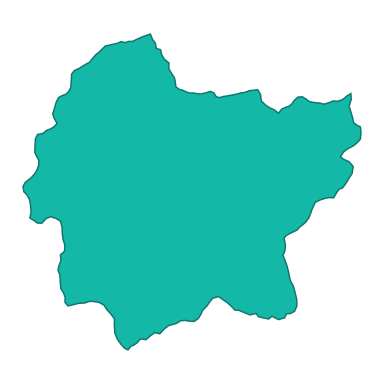 Itamonte, Minas Gerais, Brazil (Equal Earth projection)
{"feature_id": "56859067B95812833823274", "entity_name": "Itamonte", "entity_type": "district", "adm_level": 2, "iso_a3": "BRA", "parent_name": "Brazil", "parent_adm1": "Minas Gerais", "projection": "equal_earth", "projection_center": [-44.75, -22.29], "detail": "fine", "context": "isolated", "style": "filled", "palette": "teal", "viewbox_px": 384, "rotation_deg": 0, "n_neighbors": 0, "source": "geoboundaries", "source_scale": "gbopen_adm2", "svg_char_len": 2919}
<svg xmlns="http://www.w3.org/2000/svg" viewBox="0 0 384 384"><path d="M168.9,62.9L164.5,59.4L161.8,55.1L160.5,49.7L156.3,48.5L155.4,43.3L152.4,39.2L150.4,34.1L146.6,35.3L142.3,36.9L136.5,39.5L132.5,41.4L128.8,41.4L125.2,42.6L121.2,41.6L117.5,43.3L112.9,44.3L105.4,46.0L101.5,49.7L98.9,52.3L95.9,54.6L92.6,58.4L89.4,62.5L86.2,64.0L83.2,65.8L79.6,68.2L74.5,70.5L71.6,74.1L71.4,79.1L70.8,87.4L68.7,91.6L65.7,94.4L62.2,95.6L58.6,97.6L56.4,101.6L54.5,108.2L52.7,114.1L54.3,118.6L57.1,123.4L53.9,126.9L50.3,129.0L46.6,130.4L42.9,133.4L37.6,134.5L35.5,138.8L35.0,145.8L34.8,152.3L36.8,156.7L38.9,160.3L38.6,165.7L37.0,170.0L34.7,173.8L31.3,177.6L28.5,179.9L25.3,182.3L23.0,186.6L23.9,191.8L26.8,194.6L29.4,199.3L30.5,205.0L31.1,211.9L29.9,218.0L33.6,220.3L37.3,223.0L41.8,223.2L46.2,218.5L50.6,216.7L55.9,218.3L60.5,221.2L62.1,227.4L62.3,233.5L62.9,238.6L64.9,245.4L64.5,251.3L60.4,254.9L61.0,260.5L59.0,265.5L58.0,270.2L59.9,274.9L60.3,282.0L60.8,288.6L63.5,292.9L65.1,296.9L65.0,302.4L67.9,305.9L72.8,304.8L78.7,303.3L84.5,303.0L89.8,301.3L94.5,301.6L99.1,302.4L104.0,305.1L106.9,309.7L110.6,313.7L114.6,319.0L114.3,324.4L114.8,332.9L117.3,339.0L120.9,344.2L124.7,348.3L128.0,349.9L130.9,346.2L134.1,345.0L137.3,342.6L140.4,338.8L145.9,339.7L149.6,336.4L154.7,332.6L159.8,333.8L164.3,328.9L168.7,325.6L172.9,324.4L176.4,323.4L180.5,320.8L184.7,320.3L188.6,321.1L194.5,321.3L198.5,318.2L200.8,314.4L202.6,310.4L207.0,305.9L209.5,302.1L212.5,298.3L218.6,296.6L227.5,302.8L232.2,307.1L234.9,310.1L238.5,310.2L243.4,312.2L249.9,314.9L256.2,313.5L258.4,316.7L263.4,317.9L268.7,319.0L271.9,316.3L278.6,319.6L284.8,317.7L286.4,313.9L290.5,313.5L294.5,311.4L296.9,306.1L296.7,299.3L294.9,291.7L293.3,286.0L290.1,280.1L288.6,272.1L286.9,265.6L284.8,259.9L282.9,255.2L284.8,251.3L285.5,245.3L284.0,238.2L286.4,235.4L289.9,233.5L293.8,231.6L297.0,230.1L300.0,226.8L303.0,224.5L305.7,222.1L308.8,218.0L310.6,213.5L312.2,208.8L315.4,202.2L320.3,199.9L324.9,198.4L328.9,197.5L333.7,197.8L336.5,192.8L339.1,189.2L342.7,187.8L346.1,183.1L349.7,177.1L352.1,173.6L353.2,166.5L349.1,161.7L344.2,159.6L340.5,157.0L343.5,152.0L347.5,148.9L351.0,147.1L354.1,145.3L357.4,142.5L360.3,139.3L361.0,133.1L360.4,126.9L356.9,125.2L353.7,122.7L352.5,117.4L350.9,112.0L349.1,106.0L351.2,99.4L350.9,93.6L346.7,96.1L343.8,98.8L340.7,100.4L337.3,101.3L333.5,100.9L328.5,102.8L323.9,104.2L319.6,103.0L316.0,102.8L312.7,102.3L309.2,101.5L305.9,99.0L302.3,96.8L297.9,97.1L294.0,100.7L291.9,103.9L289.1,106.3L285.9,107.2L281.8,109.1L278.5,113.2L274.2,109.8L269.7,107.8L265.6,105.1L261.3,100.9L260.5,94.4L257.7,89.7L254.1,90.2L249.6,90.6L245.3,92.3L240.7,93.0L237.1,94.0L232.2,95.0L227.4,95.9L223.4,96.5L219.6,97.6L216.3,96.8L213.9,92.8L210.2,91.4L205.4,93.0L200.8,94.0L197.4,93.8L193.6,93.0L189.5,93.0L185.9,91.8L182.6,90.2L178.9,89.2L175.9,86.8L175.3,82.3L174.5,77.9L171.6,73.4L168.8,68.7L168.9,62.9Z" fill="#14b8a6" stroke="#0f766e" stroke-width="1.5"/></svg>